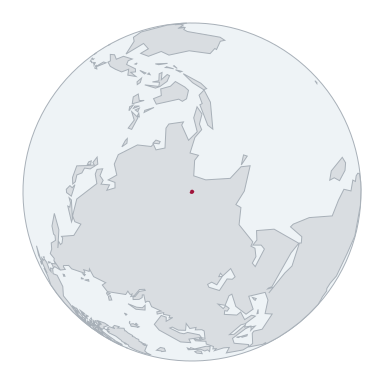 the Earth from above Sikkim, rotated 216°
{"feature_id": "IND-3259", "entity_name": "Sikkim", "entity_type": "State", "adm_level": 1, "iso_a3": "IND", "parent_name": "India", "parent_adm1": "", "projection": "orthographic", "projection_center": [88.435, 27.596], "detail": "fine", "context": "on_globe", "style": "filled", "palette": "rose", "viewbox_px": 384, "rotation_deg": 216, "n_neighbors": 0, "source": "natural_earth", "source_scale": "10m", "svg_char_len": 11290}
<svg xmlns="http://www.w3.org/2000/svg" viewBox="0 0 384 384"><g transform="rotate(216 192 192)"><circle cx="192" cy="192" r="169" fill="#eef3f6" stroke="#a8b0b8"/><path d="M253.2,34.5L252.3,34.4L259.8,39.6L267.1,43.5L261.6,41.3L278.9,50.7L286.2,57.1L274.9,48.6L271.4,47.0L274.8,50.4L271.9,49.6L271.9,50.9L268.1,49.7L261.8,45.4L259.3,44.7L261.8,47.3L259.7,48.1L256.3,44.3L252.2,45.4L241.0,39.6L235.0,32.4L225.6,29.9L211.3,25.0L209.6,25.2L203.0,24.2L198.6,24.2L197.2,23.8L194.8,24.2L196.9,24.7L196.6,25.1L194.1,25.3L192.0,24.6L192.9,24.4L190.9,24.3L190.9,24.0L189.5,24.3L187.2,23.7L185.9,24.6L181.0,24.5L180.4,24.1L185.2,23.6L193.1,23.0L205.4,23.6L217.6,25.0L229.7,27.3L241.6,30.5L253.2,34.5ZM173.1,24.1L173.7,24.0L168.2,24.8L161.4,25.8L160.8,25.9L173.1,24.1ZM154.5,27.2L154.1,27.4L152.1,27.8L154.5,27.2ZM273.0,46.7L270.9,45.0L274.0,47.0L273.0,46.7ZM272.5,51.3L274.1,52.2L273.4,52.6L272.5,51.3ZM176.4,23.8L176.6,23.7L175.2,23.9L175.3,23.9L176.4,23.8ZM179.0,23.6L180.3,23.4L181.7,23.4L180.9,23.4L179.0,23.6ZM267.1,51.2L265.5,51.8L266.0,50.4L267.1,51.2ZM177.1,23.8L183.9,23.2L186.3,23.2L185.1,23.5L177.1,23.8ZM263.9,51.6L260.3,53.5L263.4,55.4L252.6,51.5L259.3,50.9L259.4,48.8L261.4,50.7L263.9,51.6ZM198.6,24.8L196.3,24.3L200.5,24.6L198.6,24.8ZM201.4,24.9L214.9,26.0L217.2,27.2L212.2,26.4L217.0,28.1L211.4,28.0L207.6,27.1L207.2,26.3L205.4,26.9L201.4,24.9ZM247.2,49.2L245.4,49.2L246.1,48.4L247.2,49.2ZM196.8,25.3L199.3,25.3L201.4,26.2L196.8,26.5L197.6,26.1L196.8,25.3ZM220.9,28.7L221.7,29.6L217.4,29.7L217.1,30.2L211.5,28.1L220.9,28.7ZM195.9,26.0L194.4,26.6L191.1,26.4L194.5,25.4L195.9,26.0ZM204.0,26.5L204.8,27.0L202.8,26.7L204.0,26.5ZM178.8,26.6L181.8,26.3L183.2,26.7L178.8,26.6ZM194.0,26.9L195.2,26.9L196.0,27.1L194.4,27.6L194.0,26.9ZM208.9,28.5L207.0,28.4L211.0,29.3L208.0,29.7L204.7,28.3L204.9,29.1L203.9,29.2L202.3,28.0L208.9,28.5ZM195.4,28.7L190.3,27.5L184.4,27.9L183.1,27.5L192.7,27.0L195.4,28.7ZM199.6,28.4L196.7,28.4L196.4,27.7L198.3,27.3L199.6,28.4ZM207.1,30.5L212.5,30.2L213.1,30.6L207.1,30.5ZM193.7,28.9L195.0,29.2L193.4,29.0L193.7,28.9ZM203.0,30.1L204.9,29.9L205.4,30.3L203.0,30.1ZM196.0,30.1L194.4,29.6L195.6,29.2L196.0,30.1ZM199.3,30.2L199.5,30.8L197.0,29.4L200.0,30.0L199.3,30.2ZM203.2,30.5L204.2,30.6L202.4,30.5L203.2,30.5ZM192.4,32.1L188.9,30.4L191.5,29.4L194.6,31.1L192.4,32.1ZM42.4,113.4L55.3,99.7L53.9,105.1L60.2,113.1L60.2,115.8L54.6,122.2L55.4,140.4L61.4,136.6L67.0,149.2L73.8,153.8L84.8,141.0L73.7,133.2L76.5,124.9L89.3,125.2L99.7,132.8L101.1,129.8L98.6,119.8L105.1,116.6L98.2,116.0L97.9,119.8L93.6,119.8L93.5,116.3L95.8,115.2L93.9,112.0L83.4,118.8L82.1,123.5L74.4,119.7L71.4,127.3L67.8,128.8L71.6,116.6L74.3,113.4L77.9,98.6L74.3,101.6L70.7,115.9L70.0,113.7L65.1,118.6L68.3,113.1L73.2,97.4L69.0,94.4L56.5,101.9L55.5,99.9L57.9,94.2L69.6,82.0L70.5,88.1L74.7,84.6L80.6,76.8L80.4,79.6L82.9,77.3L83.8,79.6L91.1,77.4L93.0,79.4L101.7,73.7L103.8,74.2L98.1,77.3L95.1,80.8L100.4,86.7L103.1,86.4L108.3,82.4L109.1,84.8L113.5,80.3L119.4,82.2L115.9,76.3L121.9,72.2L128.6,71.1L130.0,68.9L119.0,70.8L115.2,72.6L113.0,75.8L102.1,80.8L99.0,79.9L108.0,71.2L104.6,69.3L113.1,64.0L137.5,61.0L144.7,62.8L144.3,74.0L139.3,75.6L136.9,72.2L133.8,79.1L136.6,76.7L137.3,79.0L143.2,76.3L144.0,77.8L148.4,72.8L150.0,74.4L147.1,77.5L157.3,75.5L162.2,78.4L164.1,77.2L164.8,75.3L170.5,80.5L171.7,79.5L170.3,77.3L171.7,74.0L176.4,70.4L178.1,72.4L176.6,74.0L176.2,80.6L172.0,84.9L173.2,85.4L177.2,82.2L177.8,74.1L180.1,71.4L180.6,75.0L180.6,73.5L182.3,72.8L185.6,74.1L185.4,70.1L201.9,61.7L209.9,64.0L208.5,67.9L221.8,65.7L229.8,69.5L228.5,67.3L233.9,65.5L231.5,64.2L231.3,63.1L244.2,59.1L248.6,60.1L252.7,56.9L252.0,55.9L249.0,54.9L252.6,51.5L263.4,55.4L264.4,57.3L270.5,58.9L271.9,63.3L275.9,68.0L274.0,72.6L277.3,76.3L279.3,76.6L285.3,82.2L290.8,93.8L277.5,83.2L267.6,67.8L270.9,73.7L267.5,72.2L267.1,74.3L269.6,78.8L271.5,79.4L262.1,87.4L263.0,100.7L269.3,99.1L274.6,102.5L281.1,118.6L273.9,142.9L280.8,149.6L282.1,154.5L277.9,158.3L276.0,151.1L270.7,149.2L270.2,144.9L262.9,149.3L261.9,143.3L256.7,150.1L260.0,154.5L266.9,152.5L262.8,161.5L271.3,168.9L273.6,178.9L263.8,198.0L251.8,204.8L251.4,208.0L245.9,204.9L239.7,211.7L250.6,228.4L250.7,233.4L240.1,243.7L239.7,240.1L225.2,231.8L223.2,243.8L234.2,253.0L238.0,263.9L229.8,261.0L225.9,251.3L220.8,248.1L221.7,237.8L216.5,222.4L208.3,225.5L208.5,219.2L200.1,206.1L188.0,209.9L169.1,225.5L167.2,241.2L160.4,247.4L150.2,223.5L149.1,207.6L143.3,208.2L134.7,193.2L113.5,187.4L112.5,182.8L108.0,183.5L102.3,177.3L101.4,169.9L97.0,168.8L99.9,188.4L104.8,189.7L111.6,184.8L111.3,191.3L117.1,198.7L103.7,210.2L75.5,213.3L76.1,201.0L71.7,162.4L73.7,159.2L73.8,158.8L73.9,158.0L70.1,162.8L70.5,155.4L69.3,181.0L67.6,190.9L75.1,213.8L73.6,215.0L76.9,220.4L91.8,221.7L91.2,225.5L82.1,240.2L64.5,255.1L68.7,271.5L70.7,283.5L64.0,286.3L68.9,296.2L66.0,296.6L68.7,301.6L68.9,304.6L67.5,305.4L61.2,299.0L58.8,295.9L56.7,293.2L48.0,280.3L34.4,252.1L32.5,243.3L30.5,234.1L25.8,209.0L26.6,199.4L26.2,193.2L24.9,191.0L24.9,183.6L24.5,181.5L23.9,175.2L25.7,162.4L28.4,149.7L32.2,137.2L36.8,125.1L42.4,113.4ZM45.1,111.3L43.5,113.9L45.1,111.3ZM107.3,148.7L115.7,152.8L117.8,142.2L121.2,143.0L120.6,139.3L117.9,141.4L117.4,131.5L123.1,130.6L125.1,126.4L122.3,124.9L111.9,128.4L112.5,142.3L108.1,145.1L107.3,148.7ZM95.9,64.5L94.3,66.8L91.0,68.5L88.7,67.2L93.4,64.5L95.9,64.5ZM92.7,69.8L102.3,62.2L104.1,63.1L101.4,63.8L101.7,65.2L97.5,66.7L89.9,75.5L86.5,77.7L84.0,73.3L86.7,73.4L88.2,70.9L92.7,69.8ZM123.5,45.3L127.7,43.1L126.2,47.7L122.5,49.3L119.9,47.7L122.8,45.0L123.5,45.3ZM173.8,24.9L175.5,24.6L176.1,24.7L175.1,25.0L173.8,24.9ZM180.1,26.5L167.0,26.7L168.3,26.3L159.1,27.6L158.9,27.0L164.8,26.0L157.8,26.9L163.1,25.8L157.9,26.6L171.2,24.6L175.7,24.0L170.8,24.8L170.9,25.3L172.2,25.3L179.5,25.2L189.2,24.7L190.8,25.5L189.4,26.3L187.3,26.5L186.9,25.8L184.4,26.6L182.2,25.9L180.1,26.5ZM171.8,40.2L172.2,38.3L166.9,41.8L164.7,40.2L164.2,40.7L160.7,40.4L155.6,41.0L155.3,40.1L153.5,40.8L151.1,40.7L148.5,41.4L147.0,40.1L143.7,41.0L144.9,40.0L139.5,41.8L142.8,39.9L140.1,40.0L138.3,41.7L136.9,35.7L133.7,35.3L129.2,36.2L135.6,33.5L143.8,31.2L152.0,29.9L154.2,31.0L156.7,29.8L158.4,30.1L155.7,30.9L160.9,29.9L161.7,30.4L169.0,30.6L176.1,29.3L178.9,29.6L176.5,30.4L181.0,30.1L178.4,31.9L180.4,32.2L179.8,34.4L174.1,36.1L176.7,36.4L176.4,38.4L171.8,40.2ZM192.0,32.7L185.6,34.6L181.3,34.8L184.1,30.8L182.6,30.3L184.3,28.2L190.6,28.1L189.5,28.7L190.0,29.2L187.8,29.0L189.9,29.6L188.5,30.5L189.7,31.2L187.3,31.6L192.0,32.7ZM63.1,114.6L63.6,116.0L65.1,117.4L62.1,120.7L63.1,114.6ZM66.2,103.8L67.1,104.4L63.5,109.2L63.0,107.9L66.2,103.8ZM70.7,100.7L67.5,104.0L68.9,101.5L70.7,100.7ZM99.2,77.7L100.6,78.2L99.5,79.3L97.4,80.3L99.2,77.7ZM155.5,51.9L156.4,50.4L157.5,50.3L162.3,47.6L164.3,48.8L162.2,50.9L155.5,51.9ZM81.2,142.2L77.4,143.6L77.2,141.5L78.5,141.4L81.2,142.2ZM67.9,131.7L69.5,135.9L67.1,132.6L67.9,131.7ZM158.5,52.8L160.2,51.5L160.1,52.9L158.5,52.8ZM166.0,49.6L166.5,51.1L165.1,48.7L166.0,49.6ZM154.7,353.1L158.0,354.3L155.2,353.9L154.7,353.1ZM91.7,290.9L90.8,308.4L84.9,305.9L80.9,299.4L79.3,287.9L85.3,287.1L87.5,282.5L91.7,290.9ZM276.6,283.3L281.0,283.1L280.8,283.7L276.6,283.3ZM272.1,282.0L277.2,281.2L271.1,283.6L272.1,282.0ZM279.2,280.9L284.4,278.5L286.7,277.0L286.2,278.4L279.2,280.9ZM268.6,282.6L248.8,285.2L240.9,284.2L242.9,281.6L255.8,280.8L268.6,282.6ZM242.2,281.6L229.9,275.5L212.1,255.1L218.5,255.3L236.9,267.2L235.7,269.5L243.2,274.5L242.2,281.6ZM271.6,264.9L270.4,271.6L259.6,272.7L254.6,272.2L251.2,264.2L253.1,259.7L257.3,259.3L272.5,242.1L278.0,244.9L273.5,252.0L277.9,257.0L271.6,264.9ZM168.0,242.8L172.1,252.3L168.4,253.5L168.0,242.8ZM278.2,230.3L272.4,238.1L277.5,228.2L278.2,230.3ZM280.9,221.3L281.5,224.6L278.8,221.8L280.9,221.3ZM251.7,212.8L247.4,214.1L247.0,211.6L252.3,208.6L251.7,212.8ZM275.3,187.3L276.2,194.7L275.8,197.3L273.3,193.2L275.3,187.3ZM178.1,64.0L169.2,66.2L164.1,69.2L163.4,72.8L160.6,68.9L168.4,64.2L178.1,64.0ZM198.7,61.7L199.4,58.9L201.6,59.8L201.8,60.6L198.7,61.7ZM197.3,60.2L193.4,57.5L195.4,55.8L198.1,58.2L197.3,60.2ZM175.6,54.3L172.8,54.8L173.0,53.5L175.6,54.3ZM295.4,325.6L298.6,322.6L302.5,319.7L298.1,323.5L295.4,325.6ZM290.1,319.1L260.3,333.7L254.6,334.0L257.7,330.6L255.9,321.7L257.9,321.5L258.7,314.6L277.3,304.6L291.1,289.2L299.5,287.6L307.0,276.2L315.0,274.0L311.5,282.2L318.5,283.7L326.5,264.8L327.4,279.9L330.3,282.7L327.2,291.6L310.0,312.6L303.2,318.6L303.3,318.0L300.1,320.7L297.2,322.0L298.5,318.3L295.2,320.9L299.7,316.1L294.3,321.0L294.1,318.6L290.1,319.1ZM345.2,263.2L345.0,263.6L345.7,261.8L346.0,261.4L345.6,262.3L345.2,263.2ZM351.4,247.6L351.3,248.2L351.0,249.0L351.4,247.6ZM351.3,247.6L352.1,245.4L351.5,247.2L351.3,247.6ZM350.9,242.2L351.4,240.9L351.5,241.4L350.9,242.2ZM287.4,281.7L293.8,275.4L297.0,274.1L287.4,281.7ZM350.7,241.0L349.7,241.9L349.9,240.9L350.7,241.0ZM351.1,238.7L351.1,237.4L351.3,239.9L351.1,238.7ZM349.4,237.7L350.4,238.8L349.2,238.2L349.4,237.7ZM348.6,238.8L347.6,238.7L347.7,238.2L348.6,238.8ZM335.1,250.1L339.0,255.3L335.3,257.5L331.3,254.9L327.2,261.5L318.5,264.5L320.8,260.7L319.9,256.7L310.2,258.4L308.3,256.0L311.9,252.8L305.2,252.5L312.6,248.8L315.4,254.1L319.5,247.8L326.0,246.3L332.0,245.6L336.3,247.7L335.1,250.1ZM312.2,262.4L313.4,262.0L312.2,264.2L312.2,262.4ZM345.8,237.0L347.2,238.7L346.9,239.6L346.2,239.8L345.8,237.0ZM337.4,246.1L342.3,238.2L343.3,237.6L340.0,245.2L337.4,246.1ZM341.3,235.6L343.4,235.0L344.3,237.1L343.8,238.2L341.3,235.6ZM297.2,261.3L296.8,263.1L294.8,262.3L297.2,261.3ZM299.8,259.6L305.7,259.7L299.2,261.2L299.8,259.6ZM280.9,257.9L282.8,261.7L288.7,257.8L284.2,262.5L288.0,268.3L286.5,271.1L282.8,264.8L281.1,272.5L278.5,272.9L277.2,266.8L280.0,258.4L282.6,254.6L293.2,250.9L280.9,257.9ZM299.8,254.6L298.2,250.2L299.4,246.7L301.2,248.8L299.8,254.6ZM293.1,239.7L288.4,235.0L284.5,238.0L292.2,228.2L295.4,234.4L293.1,239.7ZM288.7,227.9L285.0,230.7L288.6,225.2L288.7,227.9ZM283.9,229.0L283.1,225.0L286.2,225.0L283.9,229.0ZM290.6,227.7L290.8,220.7L292.6,224.4L290.6,227.7ZM281.0,216.2L288.1,221.6L279.4,220.4L277.6,207.2L281.2,206.2L281.0,216.2ZM291.8,158.0L290.1,154.4L292.9,152.8L293.3,155.7L291.8,158.0ZM300.6,145.4L293.1,151.2L286.9,156.4L289.5,157.6L289.3,164.5L284.6,159.2L287.9,150.9L293.0,148.2L292.3,142.7L295.2,138.1L292.4,131.7L293.2,128.4L297.2,133.5L300.6,145.4ZM291.0,129.1L287.2,117.7L293.1,117.8L295.3,120.3L294.5,125.4L291.4,125.0L291.0,129.1ZM288.0,115.1L284.9,114.7L272.9,99.9L271.9,97.0L284.2,107.6L282.0,107.9L283.9,111.7L288.0,115.1ZM246.7,50.2L245.5,49.3L247.5,49.9L246.7,50.2ZM229.8,62.5L229.8,61.1L232.1,61.6L229.8,62.5ZM231.1,57.6L228.5,58.0L230.5,56.7L231.1,57.6ZM223.0,59.2L227.2,57.7L224.2,60.4L223.0,59.2Z" fill="#d9dde1" stroke="#a8b0b8" stroke-width="1"/><path d="M193.2,192.8L193.1,193.0L192.9,193.0L192.8,193.3L192.7,193.3L192.6,193.2L192.5,193.3L192.3,193.2L192.2,193.2L192.0,193.4L192.0,193.5L191.9,193.5L191.7,193.5L191.5,193.4L191.4,193.3L191.2,193.3L191.1,193.2L190.9,193.0L190.9,192.9L191.0,192.8L190.9,192.8L190.9,192.7L191.0,192.5L190.9,192.4L191.0,192.1L191.2,191.9L191.2,191.6L191.3,191.5L191.3,191.4L191.3,191.2L191.2,191.2L191.3,191.0L191.4,190.9L191.9,190.9L192.1,190.7L192.3,190.6L192.5,190.5L192.8,190.6L193.0,190.8L193.0,191.0L193.1,191.3L193.0,191.8L192.9,191.9L192.9,192.0L192.8,192.3L192.9,192.5L193.0,192.6L193.1,192.8L193.2,192.8Z" fill="#f43f5e" stroke="#9f1239" stroke-width="1.5"/></g></svg>